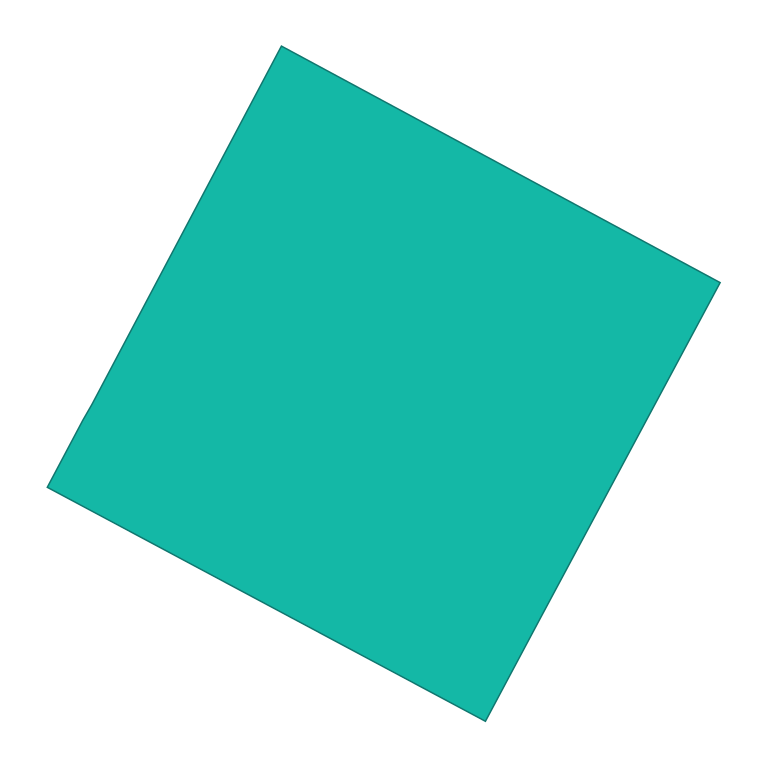 the district of Hall, Texas, United States of America, rotated 118°
{"feature_id": "52423323B5625612438776", "entity_name": "Hall", "entity_type": "district", "adm_level": 2, "iso_a3": "USA", "parent_name": "United States of America", "parent_adm1": "Texas", "projection": "albers", "projection_center": [-100.587, 34.531], "detail": "fine", "context": "isolated", "style": "filled", "palette": "teal", "viewbox_px": 768, "rotation_deg": 118, "n_neighbors": 0, "source": "geoboundaries", "source_scale": "gbopen_adm2", "svg_char_len": 267}
<svg xmlns="http://www.w3.org/2000/svg" viewBox="0 0 768 768"><g transform="rotate(118 384 384)"><path d="M634.2,136.1L516.8,136.0L136.7,134.8L133.8,633.2L539.1,632.3L557.2,632.9L633.3,632.8L634.2,136.1Z" fill="#14b8a6" stroke="#0f766e" stroke-width="1.5"/></g></svg>